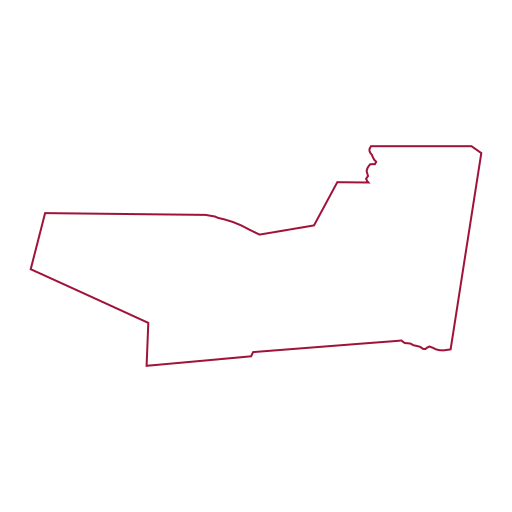 Alvorada do Gurguéia, Piauí, Brazil
{"feature_id": "56859067B91655037950210", "entity_name": "Alvorada do Gurguéia", "entity_type": "district", "adm_level": 2, "iso_a3": "BRA", "parent_name": "Brazil", "parent_adm1": "Piauí", "projection": "orthographic", "projection_center": [-43.876, -8.44], "detail": "fine", "context": "isolated", "style": "outline", "palette": "rose", "viewbox_px": 512, "rotation_deg": 0, "n_neighbors": 0, "source": "geoboundaries", "source_scale": "gbopen_adm2", "svg_char_len": 937}
<svg xmlns="http://www.w3.org/2000/svg" viewBox="0 0 512 512"><path d="M481.3,153.1L471.5,146.2L371.0,146.2L369.5,148.9L369.5,151.0L370.4,153.0L371.8,154.7L372.9,157.3L374.1,159.6L376.2,161.8L374.9,164.2L372.9,164.1L370.2,164.3L368.6,166.2L367.5,168.1L366.6,170.8L367.4,173.9L368.0,176.1L366.1,178.7L367.1,181.0L368.4,182.5L337.3,182.2L314.0,225.4L259.5,234.6L250.2,230.1L241.4,225.5L232.6,221.9L224.4,219.4L218.1,217.9L214.9,216.5L205.4,214.9L45.1,213.1L35.3,251.3L31.6,265.7L30.7,269.2L35.7,271.5L78.8,291.1L148.3,322.9L146.6,365.8L251.1,356.3L253.1,352.1L359.2,343.8L396.0,341.0L401.4,340.5L403.2,342.0L405.0,343.1L407.3,343.2L410.6,343.6L413.3,345.2L415.1,345.6L417.1,346.0L420.2,346.9L423.1,348.9L425.4,349.0L427.3,347.5L429.4,346.5L431.2,347.2L433.2,347.9L435.8,349.3L439.5,350.2L441.8,350.3L444.2,350.3L446.2,350.0L450.6,349.4L453.9,328.4L455.4,318.8L464.1,262.9L481.3,153.1Z" fill="none" stroke="#9f1239" stroke-width="2"/></svg>